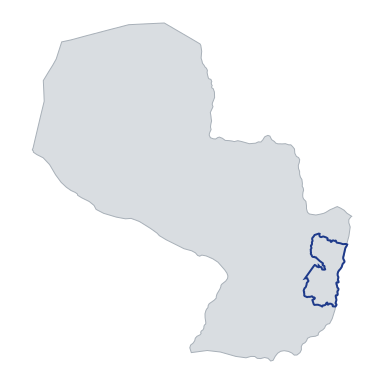 Alto Paraná on a map of Paraguay (orthographic projection)
{"feature_id": "PRY-616", "entity_name": "Alto Paraná", "entity_type": "Department", "adm_level": 1, "iso_a3": "PRY", "parent_name": "Paraguay", "parent_adm1": "", "projection": "orthographic", "projection_center": [-55.001, -25.353], "detail": "fine", "context": "in_parent", "style": "outline", "palette": "blue", "viewbox_px": 384, "rotation_deg": 0, "n_neighbors": 0, "source": "natural_earth", "source_scale": "10m", "svg_char_len": 7448}
<svg xmlns="http://www.w3.org/2000/svg" viewBox="0 0 384 384"><path d="M201.1,58.1L202.0,61.0L202.5,63.3L203.8,64.9L205.1,67.1L206.4,68.2L207.4,70.3L207.1,72.6L207.7,75.5L208.4,78.1L209.0,78.8L210.9,79.4L211.8,81.7L211.2,82.9L211.5,84.3L212.2,85.6L211.6,86.9L211.9,87.9L213.2,88.7L214.4,92.0L214.6,97.5L213.4,100.6L212.4,103.0L212.2,104.5L213.0,106.7L211.8,109.3L210.3,112.5L210.7,114.6L211.0,116.6L211.2,118.8L211.6,120.9L211.1,123.0L210.7,125.0L210.5,127.1L211.1,129.6L210.0,131.9L209.4,133.5L209.2,135.2L210.4,137.7L213.3,138.8L215.6,139.0L217.7,137.6L219.4,137.1L222.4,138.3L225.2,140.4L228.7,140.6L231.9,141.0L234.3,141.6L237.8,140.7L241.5,141.5L245.8,142.7L249.3,143.7L252.9,143.4L255.5,143.2L258.3,141.9L260.9,142.0L262.9,139.8L264.0,137.9L265.0,136.6L267.9,135.4L269.9,136.1L271.6,139.6L274.5,141.6L275.7,143.1L277.8,143.8L282.5,143.9L285.4,143.7L288.7,144.8L290.8,144.8L292.7,146.7L294.5,149.0L294.8,153.2L296.4,156.4L298.6,157.6L299.7,159.7L299.3,162.5L298.3,165.4L298.5,168.5L299.6,171.4L299.6,174.2L300.4,177.1L301.9,179.5L302.4,183.5L302.2,186.3L303.2,188.0L303.6,190.3L303.0,192.2L302.7,194.8L302.8,197.1L303.6,199.0L305.9,201.4L306.5,205.8L306.5,208.8L307.5,212.3L309.4,214.0L312.4,214.5L315.9,215.0L320.1,214.2L323.8,213.3L325.9,212.3L330.1,209.7L333.7,208.2L335.5,207.3L337.3,206.6L340.9,208.3L344.2,210.3L346.9,213.2L351.7,216.3L350.7,217.1L348.8,219.7L348.8,222.7L350.2,227.0L348.9,236.1L345.1,250.1L343.5,258.2L344.2,260.5L342.8,264.6L337.7,273.4L337.4,279.3L336.8,297.0L335.1,309.4L332.2,318.7L329.6,323.6L327.3,324.2L325.6,325.6L324.6,328.0L322.7,329.9L319.9,331.5L318.4,333.2L318.2,335.0L315.5,336.2L310.5,336.8L307.5,338.3L306.6,340.7L305.0,342.7L302.5,344.1L301.3,346.5L301.4,349.8L300.0,352.6L297.0,355.0L294.3,355.1L291.7,352.9L288.4,351.4L284.1,350.7L280.6,351.3L277.7,353.2L275.3,356.2L273.1,360.3L270.7,361.0L268.0,358.3L264.6,357.5L260.5,358.6L257.2,358.3L254.8,356.5L251.0,356.4L246.0,357.8L235.8,356.4L220.3,352.0L207.2,350.5L191.3,352.6L189.8,347.8L190.6,345.1L193.1,343.1L194.7,340.8L195.3,338.2L197.0,336.3L199.9,334.9L201.1,333.5L200.7,332.2L201.3,331.0L202.9,329.9L203.8,328.3L204.0,326.0L204.6,324.9L205.7,324.0L205.8,322.5L205.1,317.7L205.0,313.8L205.8,310.8L206.7,308.9L207.4,308.4L208.0,307.3L208.2,305.5L209.2,303.7L214.3,300.1L216.2,298.1L216.3,296.4L217.0,294.0L220.0,288.9L220.9,286.5L221.0,285.3L222.0,284.0L225.7,281.1L227.6,278.4L227.9,275.9L226.9,273.1L224.8,270.0L218.0,262.2L212.8,258.8L206.1,255.9L201.8,255.1L199.7,256.2L197.6,255.4L195.4,252.8L191.7,250.8L184.0,248.7L166.4,239.9L159.4,235.7L156.9,233.0L150.3,228.3L139.4,221.5L131.1,218.4L125.4,218.8L116.3,217.1L103.6,213.3L96.1,209.4L94.0,205.4L89.2,201.5L81.7,197.8L77.7,195.3L77.4,194.0L75.2,192.4L71.0,190.5L66.3,187.2L61.2,182.4L55.6,174.8L49.6,164.6L43.2,157.8L36.7,154.5L33.4,152.2L33.3,151.0L32.3,149.9L33.1,147.9L35.0,139.7L37.8,127.9L40.7,115.6L44.2,101.2L43.8,91.2L43.3,80.6L48.8,71.5L52.8,65.1L56.2,59.0L59.5,48.8L61.7,41.9L71.0,39.9L86.9,35.6L94.9,33.5L111.7,29.1L128.7,24.7L146.8,23.8L164.3,23.0L178.0,31.0L188.5,37.1L200.0,43.9L200.8,45.4L201.7,51.2L201.1,58.1Z" fill="#d9dde1" stroke="#a8b0b8" stroke-width="1"/><path d="M338.0,279.2L337.9,279.9L338.5,281.3L338.6,282.1L338.1,282.5L336.8,282.4L336.4,282.8L336.4,283.9L337.1,286.0L337.2,286.8L337.4,287.4L338.2,288.4L338.5,288.9L338.4,289.8L338.0,290.6L337.6,291.2L337.4,291.9L337.7,293.7L337.7,294.5L337.4,295.1L337.1,295.2L336.2,295.3L335.9,295.4L335.7,295.9L335.7,296.3L335.8,296.7L336.0,298.0L336.4,299.3L336.4,300.2L335.6,302.9L335.7,303.5L336.4,304.3L336.5,304.8L336.3,305.3L335.9,305.9L335.6,306.4L335.5,306.5L333.3,306.4L332.9,306.3L332.7,306.0L332.6,305.8L332.6,305.5L332.7,305.2L332.6,304.8L332.6,304.7L332.4,304.6L332.2,304.4L331.5,304.1L331.0,303.8L330.3,303.7L329.7,303.7L329.4,303.8L329.1,304.0L328.6,304.4L328.4,304.5L328.2,304.6L327.9,304.6L327.6,304.5L327.3,304.3L327.2,304.0L327.2,303.8L327.4,303.2L327.4,302.8L327.3,302.7L327.2,302.6L326.8,302.7L326.6,302.8L326.4,303.1L326.1,303.5L325.6,304.5L325.4,304.7L325.2,304.9L324.9,305.1L324.7,305.2L324.2,305.3L323.0,305.4L322.7,305.7L322.6,305.9L322.5,306.2L322.4,306.3L322.2,306.5L321.9,306.4L321.6,306.3L321.1,305.9L320.7,305.6L319.5,305.3L318.6,304.9L318.2,304.8L317.9,304.8L317.2,304.7L314.4,304.9L313.7,304.1L312.4,300.1L314.3,299.0L314.6,298.7L314.8,298.3L314.8,298.0L314.5,297.7L314.3,297.5L314.0,297.4L313.3,297.4L313.0,297.3L312.8,297.1L312.6,296.9L312.5,296.7L312.3,296.5L312.1,296.4L311.9,296.3L310.7,296.7L310.0,296.8L309.0,296.9L308.1,296.8L307.8,296.9L307.3,297.1L307.0,297.1L306.7,297.0L306.2,296.7L304.7,296.1L304.3,295.6L304.2,295.2L304.3,294.1L304.3,293.7L304.0,292.8L304.0,292.4L304.2,292.0L304.0,291.6L303.9,291.3L303.7,291.0L303.7,290.6L303.9,289.8L304.6,288.2L305.5,287.4L305.7,287.1L305.9,286.7L306.5,284.9L306.6,284.3L306.7,283.4L306.9,282.8L307.2,282.4L308.1,281.5L308.3,281.2L308.4,280.9L308.3,280.6L308.2,280.3L307.7,279.7L307.5,279.3L307.5,279.0L307.5,278.7L307.4,278.4L307.2,278.2L306.7,278.1L306.3,278.0L305.0,278.4L313.6,266.3L314.7,265.0L315.1,265.1L315.8,265.5L316.8,266.5L317.2,266.7L318.1,267.0L318.5,267.2L319.0,267.1L318.9,266.7L318.7,265.9L318.7,265.5L318.9,265.7L319.3,266.3L319.5,266.6L319.8,266.8L320.1,266.9L320.7,267.0L321.3,267.2L321.6,267.6L321.7,268.1L321.8,268.6L322.3,269.5L323.2,269.6L324.2,269.7L325.1,269.4L325.0,268.9L325.0,268.7L324.9,268.5L324.8,268.3L324.6,268.0L324.5,267.8L324.4,267.6L324.4,267.4L324.4,267.1L324.5,266.4L324.4,266.1L324.2,265.9L323.2,265.5L323.0,265.4L322.8,265.2L322.7,265.1L322.6,264.9L322.6,264.7L322.9,263.9L322.9,263.6L322.9,263.4L322.8,263.2L322.6,263.1L319.5,260.8L316.5,258.0L316.3,257.7L316.1,257.5L316.0,257.4L315.7,257.4L315.5,257.5L315.3,257.5L315.2,257.4L314.9,257.1L314.7,257.0L314.5,256.9L314.3,256.9L313.7,257.0L313.4,257.0L313.1,256.9L312.9,256.9L312.7,256.8L312.5,256.7L312.4,256.6L312.1,256.3L312.0,256.1L311.9,255.9L311.7,255.5L311.6,255.1L311.4,254.8L310.9,254.1L310.9,253.9L310.8,253.5L311.0,253.0L311.0,252.6L311.0,252.4L310.9,252.2L310.9,251.9L310.8,251.6L310.9,251.0L310.9,250.7L310.8,250.3L310.7,250.1L310.7,249.8L310.7,249.4L311.0,249.1L311.3,248.5L311.4,248.1L311.4,247.7L311.1,246.8L310.9,246.0L311.0,245.5L311.1,245.3L311.4,245.1L311.7,244.9L311.9,244.4L312.0,243.9L311.9,242.2L312.1,241.8L312.5,241.1L312.5,240.7L312.5,240.3L312.2,239.4L312.2,238.8L312.2,238.4L312.4,238.0L312.5,237.8L313.7,236.4L314.6,235.0L318.8,233.6L319.6,233.8L319.4,235.3L319.5,235.8L319.7,236.3L320.2,236.8L320.7,237.0L321.2,237.1L321.7,237.0L322.6,236.6L323.1,236.5L323.5,236.5L326.3,237.5L327.0,237.9L327.5,238.3L327.6,238.7L327.5,239.0L327.4,239.4L327.4,239.6L327.5,239.9L327.7,240.1L328.0,240.2L328.3,240.3L329.7,240.3L330.2,240.4L330.5,240.5L330.6,240.9L330.6,241.1L330.6,241.5L330.8,241.8L331.0,241.9L331.4,241.8L331.6,241.6L331.8,241.4L332.0,241.2L332.2,240.9L332.4,240.7L332.7,240.5L333.1,240.4L333.5,240.5L333.9,240.7L334.2,240.8L334.5,240.9L335.3,240.7L335.6,240.6L335.8,240.7L335.9,240.9L336.3,241.9L336.5,242.3L336.8,242.6L337.1,242.7L340.0,243.2L341.1,243.5L342.1,243.9L343.0,244.1L343.9,244.1L344.8,244.0L345.8,244.0L346.3,244.1L347.2,244.5L346.7,245.9L345.6,247.5L345.3,248.2L343.6,255.7L343.2,257.1L343.2,257.8L343.2,258.5L343.5,259.3L344.4,260.9L344.5,261.7L344.2,262.4L342.9,263.6L342.5,264.3L341.7,267.0L340.7,268.5L340.0,269.4L339.0,270.4L338.1,271.9L337.7,273.4L337.6,273.8L337.6,274.7L337.7,275.6L338.1,276.4L338.4,277.1L338.3,278.1L338.0,279.1L338.0,279.2Z" fill="none" stroke="#1e3a8a" stroke-width="2"/></svg>